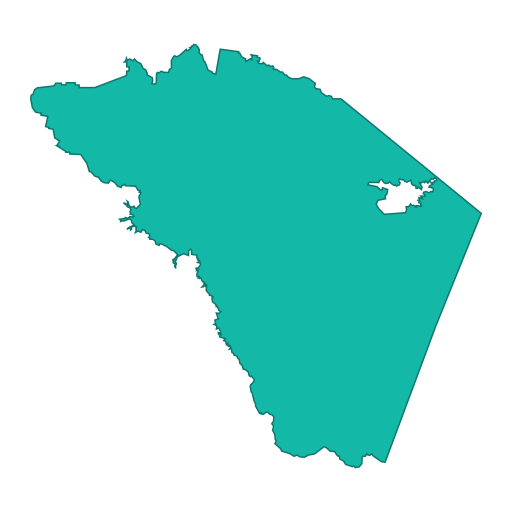 the district of Mansfield, Victoria, Australia
{"feature_id": "25037944B49622483033966", "entity_name": "Mansfield", "entity_type": "district", "adm_level": 2, "iso_a3": "AUS", "parent_name": "Australia", "parent_adm1": "Victoria", "projection": "robinson", "projection_center": [146.151, -37.241], "detail": "fine", "context": "isolated", "style": "filled", "palette": "teal", "viewbox_px": 512, "rotation_deg": 0, "n_neighbors": 0, "source": "geoboundaries", "source_scale": "gbopen_adm2", "svg_char_len": 5962}
<svg xmlns="http://www.w3.org/2000/svg" viewBox="0 0 512 512"><path d="M385.1,462.2L436.0,325.5L481.3,213.4L340.9,98.8L332.5,98.9L331.5,96.4L329.1,95.6L326.5,96.2L321.3,92.7L320.1,89.3L315.9,88.7L314.5,87.1L315.3,83.4L309.0,78.6L303.8,76.8L298.7,78.7L291.8,78.7L288.5,77.3L286.5,75.1L284.8,74.9L282.1,71.9L280.9,72.3L276.7,69.5L273.4,69.2L273.8,67.5L272.8,65.9L270.6,66.5L268.8,65.1L266.8,65.6L263.3,62.4L262.6,63.7L258.4,63.3L257.4,61.1L259.1,61.4L260.1,58.2L256.9,56.7L257.3,55.8L251.1,54.8L252.2,56.6L251.6,59.8L250.6,58.7L245.7,61.5L245.5,58.8L241.8,57.0L239.7,53.1L238.5,52.9L238.7,51.7L220.2,49.2L215.8,74.2L212.5,73.2L212.3,72.1L208.1,70.1L205.4,62.9L203.4,59.9L202.1,54.9L200.9,54.8L199.1,52.5L199.3,49.6L198.1,47.3L195.9,45.0L193.9,44.4L192.2,46.3L191.6,46.1L191.4,47.2L190.0,47.6L190.7,48.2L189.2,49.9L186.7,50.6L186.2,49.4L179.6,55.4L176.7,56.8L174.5,55.8L173.6,56.5L171.3,60.6L171.5,68.1L169.4,69.5L168.5,72.5L163.3,72.2L161.4,71.2L158.7,73.0L157.3,72.4L156.5,73.7L156.2,82.9L155.4,84.0L151.9,83.8L152.7,80.5L152.4,77.8L147.1,74.8L147.2,73.1L145.6,69.8L143.1,68.4L140.7,63.5L137.1,61.9L134.6,59.0L132.4,60.7L129.8,59.0L127.1,60.2L126.4,58.2L125.8,60.6L124.4,62.0L126.8,62.0L126.8,66.8L129.0,66.8L129.0,71.1L126.8,71.1L126.4,75.6L94.8,87.6L79.1,87.6L79.1,85.0L75.3,85.0L75.1,82.7L66.2,82.8L66.0,84.9L61.8,84.9L61.4,83.2L55.9,83.2L53.7,86.0L37.4,87.8L34.6,89.7L32.8,94.7L31.3,95.0L30.7,98.7L32.4,107.6L35.6,112.1L41.3,113.3L40.9,115.1L47.8,116.4L45.6,126.6L48.9,127.3L48.7,128.4L53.2,129.3L54.7,137.9L59.7,141.0L57.0,145.2L58.0,145.8L56.9,145.8L65.6,151.3L65.6,152.2L69.7,152.2L69.7,154.0L80.8,154.5L86.9,163.5L89.4,171.6L91.4,172.2L94.9,176.2L98.6,177.3L101.2,181.0L104.2,182.7L108.5,183.1L110.3,180.2L111.2,180.3L114.8,182.6L117.7,186.3L121.3,187.4L121.7,185.8L124.8,184.4L125.3,185.7L135.5,186.2L138.2,190.5L140.0,190.5L139.3,192.4L140.7,192.5L140.7,193.8L139.1,195.9L138.9,197.7L140.5,204.2L136.4,208.5L134.6,207.6L133.9,206.1L132.3,207.2L130.2,206.7L128.6,204.5L128.4,202.2L127.3,201.3L127.9,203.0L127.0,204.2L123.4,202.7L125.9,204.9L127.5,205.2L127.1,206.6L130.3,208.1L130.9,209.8L130.0,211.8L130.8,213.0L130.1,214.0L133.0,215.0L134.0,216.2L132.7,217.0L129.9,216.6L127.9,218.4L125.4,217.5L124.5,218.5L119.6,219.2L120.6,220.0L120.6,221.5L122.4,220.7L124.0,221.1L129.2,218.8L131.1,219.5L131.9,222.7L134.2,225.1L128.6,227.6L126.9,229.4L130.6,227.5L130.6,230.0L131.5,229.2L131.5,226.9L134.2,226.2L136.7,227.2L135.8,228.9L136.3,230.2L135.4,232.5L137.9,231.1L141.0,232.3L142.5,229.6L144.7,230.3L146.4,233.3L149.0,233.7L150.0,236.4L148.6,237.3L149.6,237.9L149.6,239.1L152.8,239.4L155.0,240.6L155.9,244.0L159.1,245.4L159.8,243.6L161.2,243.9L166.4,246.3L171.5,250.3L173.6,250.5L177.7,254.8L174.6,258.7L172.9,259.6L173.3,262.9L175.1,263.9L174.7,266.5L175.9,268.4L175.4,266.2L176.4,263.8L175.1,260.5L176.5,259.8L176.6,258.0L178.6,256.0L183.7,253.7L188.5,255.5L188.7,250.6L190.4,249.1L191.5,250.2L191.7,254.4L196.9,255.1L196.8,257.7L198.3,258.9L197.5,259.8L199.8,261.2L197.7,262.5L200.4,263.1L200.5,264.8L197.8,268.3L196.2,268.0L196.0,268.9L197.3,269.3L196.7,270.5L198.4,270.0L196.8,274.2L197.1,276.5L198.5,276.4L198.2,277.8L199.2,277.2L199.4,278.4L200.7,277.8L202.5,281.7L204.5,282.3L204.1,283.4L204.9,283.7L202.0,287.0L203.2,286.8L205.1,284.8L205.3,285.7L205.9,284.5L206.7,285.1L205.7,286.2L206.6,286.5L206.2,290.6L209.6,294.5L209.2,295.8L210.1,294.8L213.0,297.1L211.9,298.1L212.5,301.8L215.9,304.6L216.2,306.6L217.2,306.3L219.0,310.5L220.8,311.6L218.9,313.4L216.3,313.0L218.3,318.9L214.8,320.1L215.7,323.6L214.0,324.4L216.4,325.4L216.9,327.1L216.4,329.0L219.1,328.2L220.7,331.9L219.5,333.2L218.3,332.6L218.5,334.4L220.5,333.6L221.4,334.3L219.6,336.0L219.9,337.1L225.3,338.5L223.7,340.6L225.7,341.2L226.3,344.4L227.7,343.2L227.6,345.5L228.6,344.9L228.9,346.4L230.4,345.8L230.4,347.9L229.5,349.1L231.4,348.5L231.9,352.4L233.6,353.3L233.9,354.9L237.1,356.2L237.5,357.9L239.3,359.7L239.8,363.1L242.6,366.1L243.2,369.2L245.1,369.4L248.2,372.0L249.2,375.7L250.5,376.6L251.5,376.1L254.2,379.4L253.8,381.6L250.7,384.8L250.2,386.5L251.2,391.9L252.1,392.7L254.2,401.3L255.5,403.7L255.6,406.0L259.5,413.2L260.3,413.7L261.1,412.8L262.0,414.2L263.5,414.2L266.4,411.9L268.5,412.8L269.7,414.4L271.5,414.5L273.8,416.6L273.6,421.1L271.8,423.8L273.1,425.1L273.5,426.8L272.6,430.3L274.8,434.3L275.2,439.0L276.2,441.0L274.9,443.6L280.7,448.8L281.6,451.1L289.6,453.5L294.1,456.3L297.1,455.1L299.9,456.9L304.6,457.2L308.3,455.1L314.6,453.9L324.1,446.7L326.8,448.0L330.1,451.2L334.5,451.5L337.4,455.8L339.4,456.3L339.7,458.9L343.6,461.1L345.6,464.4L352.4,466.6L353.9,465.9L355.2,467.6L359.1,466.9L361.8,463.6L362.2,456.8L362.8,456.1L365.1,456.4L366.9,453.8L367.4,454.8L369.6,455.4L371.5,453.8L373.4,456.1L381.5,461.7L385.1,462.2ZM379.4,180.3L381.7,179.3L384.0,182.7L386.1,183.5L388.6,182.9L389.8,181.6L391.4,183.7L394.2,185.4L395.5,185.0L396.4,186.1L399.5,184.8L400.1,182.4L399.1,181.8L398.8,179.9L399.6,178.8L401.4,179.8L403.5,179.6L404.6,181.2L406.9,182.2L410.8,180.1L411.7,183.9L413.1,185.3L415.8,185.6L416.0,188.3L417.5,188.4L418.7,187.1L421.2,189.6L422.1,187.3L419.5,182.5L421.5,182.8L423.9,181.7L424.7,182.6L425.8,180.9L427.9,183.2L428.4,181.9L430.2,181.9L429.7,180.2L431.0,179.6L431.3,178.5L433.1,179.2L434.3,178.5L434.4,177.7L436.0,178.4L436.7,180.0L436.0,180.9L434.3,181.0L434.3,182.4L431.8,182.4L431.4,183.3L432.8,184.3L429.9,185.6L428.9,187.0L433.4,188.3L433.0,191.8L430.7,191.5L430.3,192.4L428.3,192.5L426.1,191.5L423.4,192.3L423.3,193.8L424.7,194.3L424.9,196.2L420.7,196.0L422.6,198.7L418.9,197.7L419.5,199.7L418.0,200.3L419.8,201.6L418.8,202.6L421.0,203.4L420.6,204.3L421.5,206.3L416.7,205.6L415.9,205.9L416.3,207.1L415.5,207.0L413.8,205.4L411.7,205.4L410.6,203.9L408.7,206.8L406.1,206.7L406.6,210.1L405.5,212.7L384.3,214.3L378.7,208.7L376.2,204.3L377.9,200.3L385.5,198.8L385.1,196.0L386.9,193.9L387.7,189.5L382.5,187.8L382.1,189.9L380.4,190.0L377.1,186.7L367.8,184.8L369.0,182.4L378.9,182.5L379.4,180.3Z" fill="#14b8a6" stroke="#0f766e" stroke-width="1.5"/></svg>